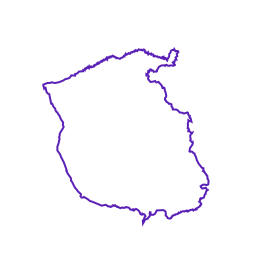 Temanggung, Jawa Tengah, Indonesia (Natural Earth projection), rotated 15°
{"feature_id": "22746128B37534287210764", "entity_name": "Temanggung", "entity_type": "district", "adm_level": 2, "iso_a3": "IDN", "parent_name": "Indonesia", "parent_adm1": "Jawa Tengah", "projection": "natural_earth1", "projection_center": [110.153, -7.24], "detail": "fine", "context": "isolated", "style": "outline", "palette": "violet", "viewbox_px": 256, "rotation_deg": 15, "n_neighbors": 0, "source": "geoboundaries", "source_scale": "gbopen_adm2", "svg_char_len": 5776}
<svg xmlns="http://www.w3.org/2000/svg" viewBox="0 0 256 256"><g transform="rotate(15 128 128)"><path d="M38.5,105.4L35.0,108.0L35.1,108.7L36.8,111.5L37.1,110.7L37.9,110.4L40.0,114.3L41.5,115.4L43.2,115.7L47.3,124.0L47.6,124.4L48.2,124.1L48.6,124.3L50.4,126.6L52.6,128.1L53.6,130.0L54.8,131.0L55.7,131.2L56.6,132.3L58.5,133.8L61.2,137.2L63.9,139.4L64.3,142.1L65.5,143.4L65.5,144.2L63.8,149.9L63.6,151.9L64.0,153.3L63.8,154.7L64.7,156.3L64.9,161.3L64.6,164.2L65.6,168.0L69.2,171.0L70.9,173.4L75.0,177.9L79.2,183.9L79.8,185.0L79.5,185.2L81.5,187.6L85.6,191.0L86.3,192.1L86.6,193.7L88.1,194.7L90.9,198.0L93.0,200.0L94.5,200.8L96.2,202.3L99.4,203.9L99.8,204.3L99.7,206.1L101.0,207.2L102.5,206.9L103.2,206.0L107.3,207.1L110.2,208.4L112.2,208.4L122.9,209.8L126.2,208.0L128.7,208.5L128.8,208.8L130.3,208.7L130.9,208.4L131.6,208.8L132.7,208.0L133.1,206.8L134.0,206.9L134.4,206.3L135.2,206.1L135.5,206.5L135.9,206.1L136.3,206.6L137.3,206.6L137.8,207.1L138.4,207.1L138.6,206.7L141.3,207.5L142.8,206.3L144.5,206.4L145.7,205.4L146.5,205.4L146.9,204.8L147.4,204.8L149.7,204.8L151.3,206.2L153.1,205.9L155.0,206.3L155.4,205.3L155.2,205.1L155.8,205.1L156.7,204.1L158.7,204.6L160.3,205.4L161.8,207.3L162.4,207.2L162.5,208.0L163.8,208.2L164.6,207.6L164.6,207.2L165.1,207.4L165.6,207.1L166.4,207.3L167.7,208.6L167.1,209.9L167.0,212.4L166.3,213.5L167.2,216.2L167.8,214.2L167.8,212.3L168.3,212.3L169.1,211.3L170.6,210.4L170.6,209.5L171.8,207.7L171.5,205.7L171.0,205.0L171.0,203.6L171.5,203.6L171.5,204.3L172.1,204.8L172.4,206.0L175.0,205.3L176.4,203.6L177.1,200.2L183.3,198.2L185.3,198.6L186.0,199.2L186.7,200.9L187.0,202.7L188.8,203.7L189.5,204.7L191.6,204.8L193.0,203.9L192.9,203.1L193.8,201.9L193.6,201.4L194.3,200.6L195.8,200.0L196.0,199.2L198.2,198.3L198.8,196.7L199.4,197.0L200.6,196.0L200.6,195.5L201.0,195.6L201.4,195.0L202.9,194.1L204.1,194.1L205.4,192.9L206.3,192.6L206.5,193.2L207.1,193.2L206.9,192.6L208.6,192.1L209.4,191.0L211.5,190.3L212.1,190.6L212.1,190.1L212.5,190.3L214.7,189.3L214.4,188.6L215.2,188.5L215.0,188.0L217.1,185.7L217.8,184.8L217.7,184.1L218.5,183.2L218.4,182.3L217.9,182.2L217.3,181.2L215.9,180.8L216.2,179.9L216.1,178.1L216.4,178.0L216.1,177.6L216.5,176.9L217.5,176.9L219.3,175.5L219.4,172.2L220.0,171.7L219.8,169.9L220.1,168.3L221.0,167.2L219.8,166.9L218.7,165.6L215.4,167.3L213.8,166.3L213.2,165.4L215.1,163.3L216.9,162.8L218.4,162.9L219.9,162.0L220.1,161.5L219.6,158.5L218.8,157.1L218.0,156.6L217.0,153.7L216.1,153.4L215.7,152.6L214.6,152.1L213.6,150.9L211.8,150.3L212.4,149.7L211.4,148.7L211.3,147.4L209.5,147.2L205.3,144.0L202.8,141.2L200.9,138.1L199.3,136.5L199.0,135.5L197.3,135.1L196.5,134.4L195.6,134.3L194.1,134.9L193.4,134.6L193.1,131.3L194.5,127.4L194.6,126.0L194.0,124.7L193.6,125.2L191.3,123.9L191.5,122.8L190.1,119.6L190.4,117.1L191.2,116.6L191.3,115.9L190.7,116.4L188.2,115.3L187.1,115.6L186.9,115.0L187.4,114.0L186.6,113.3L186.6,112.8L185.7,112.7L185.3,110.0L184.6,108.4L184.8,106.4L184.4,105.8L184.3,104.9L185.2,105.4L186.2,105.0L187.6,105.4L186.4,103.1L185.4,102.4L185.4,101.8L184.7,101.7L184.5,100.2L183.6,100.2L182.8,99.5L182.0,97.8L181.3,97.6L178.3,99.6L176.6,99.2L174.0,99.6L171.3,98.0L169.9,97.7L166.4,98.5L165.8,96.7L164.5,96.1L163.9,93.9L162.0,93.6L161.5,94.1L159.5,92.9L158.2,92.7L157.4,91.5L156.5,91.2L156.0,89.6L156.6,88.5L156.7,87.1L155.2,84.1L153.7,81.9L153.0,80.0L152.1,79.7L151.7,80.3L151.0,80.5L149.6,78.3L145.5,75.6L143.8,76.6L142.9,76.4L142.0,75.6L139.9,76.9L137.7,77.7L134.8,75.5L134.4,74.5L134.8,72.9L134.1,72.0L132.2,72.6L131.8,71.2L132.2,71.3L133.0,70.1L132.8,67.5L133.1,67.4L133.5,68.8L133.8,68.8L134.2,65.7L134.9,65.5L135.8,66.5L136.9,65.9L138.3,67.1L139.7,66.3L140.9,66.2L141.3,65.7L141.0,64.3L141.7,62.8L141.9,61.0L144.2,58.9L147.3,57.9L147.8,58.3L148.4,57.2L148.9,57.0L150.3,57.5L151.8,57.3L152.9,56.4L155.5,56.2L157.0,55.1L156.9,54.8L155.8,54.7L155.8,52.7L154.8,53.5L154.3,53.1L155.4,51.9L156.1,49.8L157.1,49.5L155.7,47.6L157.0,45.8L155.9,44.0L156.1,43.1L157.0,41.7L156.5,40.9L155.3,40.9L154.0,41.6L152.2,39.8L152.0,40.8L150.9,41.1L149.5,42.2L149.5,44.4L148.8,45.3L148.7,46.2L149.2,47.6L149.1,48.9L148.7,50.2L147.8,51.2L148.5,52.0L148.4,52.7L147.5,52.1L146.2,50.6L145.6,50.7L145.2,52.0L144.7,51.9L143.9,49.9L142.9,50.4L143.1,50.8L143.7,50.8L143.6,51.6L143.0,51.2L142.8,51.8L142.1,52.0L140.1,51.3L139.0,52.0L137.8,51.2L136.8,51.7L135.7,51.4L134.4,52.2L134.0,52.0L134.0,51.0L133.0,50.4L131.6,51.2L131.1,50.1L129.9,50.8L128.8,50.5L128.4,51.6L127.4,50.4L127.4,49.8L126.3,50.8L125.6,50.4L125.0,50.5L125.0,49.5L124.0,49.3L123.7,48.2L122.7,48.1L121.6,49.4L120.4,48.9L119.4,49.5L117.9,49.3L117.0,51.3L116.2,51.0L115.6,51.5L115.3,51.1L114.7,52.2L114.4,51.7L112.9,53.4L112.3,53.4L111.7,54.0L111.8,54.3L110.9,54.5L110.7,55.8L109.9,56.0L109.2,55.6L107.8,57.5L106.6,56.8L106.3,58.5L105.6,59.1L106.0,59.8L105.1,60.1L104.8,60.9L102.9,62.4L102.3,63.3L99.3,63.1L98.7,63.6L97.8,62.8L97.3,63.1L96.7,62.7L95.5,62.8L95.4,62.4L94.8,62.7L94.4,62.3L93.5,63.6L93.1,63.2L92.4,63.5L92.2,64.8L91.6,65.0L91.2,64.6L90.9,65.2L89.9,65.1L89.6,65.8L90.1,66.2L90.2,66.9L89.2,66.1L89.2,67.3L88.5,67.1L87.9,68.4L87.0,68.1L86.6,68.6L87.1,68.6L87.1,69.1L86.3,69.8L85.6,69.8L85.6,70.8L85.0,70.9L84.7,70.4L84.2,70.9L83.5,73.1L83.0,73.4L82.5,73.0L82.3,73.3L82.6,73.7L82.1,74.1L81.6,73.8L81.5,73.3L81.0,74.0L81.2,74.6L80.2,76.0L79.4,75.8L78.8,76.6L79.2,77.4L77.2,78.7L76.6,78.1L75.9,78.5L75.6,79.3L75.3,79.2L75.5,78.8L75.4,78.6L75.0,78.9L74.7,78.6L74.7,80.2L73.9,79.6L73.9,80.2L73.3,80.2L72.8,80.9L72.5,80.3L72.2,80.6L72.4,81.2L72.2,81.7L71.1,81.7L70.7,82.7L71.1,83.3L70.8,83.3L70.3,84.3L69.8,84.0L69.8,84.8L69.1,84.7L68.8,85.2L65.9,86.3L65.1,88.2L63.0,89.5L63.4,90.2L63.4,91.1L59.9,91.7L59.5,92.0L59.4,92.9L58.6,94.5L57.7,95.4L54.6,97.2L53.3,98.8L49.5,101.6L46.0,103.4L42.3,103.7L40.9,104.7L38.5,105.4Z" fill="none" stroke="#5b21b6" stroke-width="2"/></g></svg>